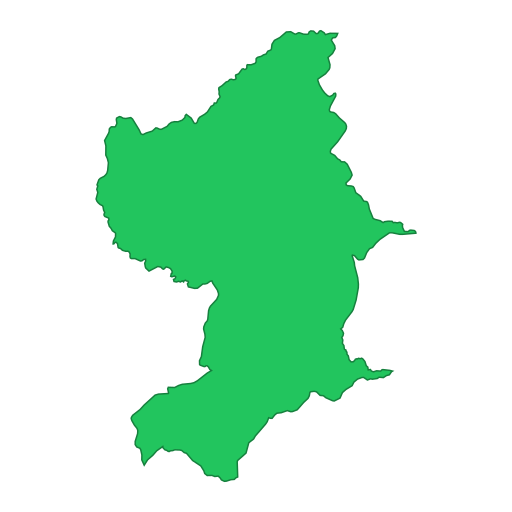 Monapo, Nampula, Mozambique
{"feature_id": "85939544B30642509050116", "entity_name": "Monapo", "entity_type": "district", "adm_level": 2, "iso_a3": "MOZ", "parent_name": "Mozambique", "parent_adm1": "Nampula", "projection": "natural_earth1", "projection_center": [40.158, -14.808], "detail": "fine", "context": "isolated", "style": "filled", "palette": "green", "viewbox_px": 512, "rotation_deg": 0, "n_neighbors": 0, "source": "geoboundaries", "source_scale": "gbopen_adm2", "svg_char_len": 6039}
<svg xmlns="http://www.w3.org/2000/svg" viewBox="0 0 512 512"><path d="M144.2,465.2L147.6,459.8L152.9,455.2L156.7,450.8L162.8,446.5L163.0,447.8L164.9,449.8L166.8,450.4L168.2,451.4L169.3,451.5L170.4,450.8L172.8,450.6L174.8,449.8L179.9,450.0L181.8,450.5L184.2,452.6L186.5,453.3L192.6,460.5L200.8,465.9L203.9,470.9L204.7,473.5L207.2,475.5L212.0,475.4L214.8,476.5L218.2,476.1L220.3,478.1L221.4,479.9L224.4,481.3L226.5,481.1L230.8,479.7L234.3,479.4L235.9,477.8L237.7,477.0L237.2,461.8L237.6,460.5L246.0,453.1L248.8,442.7L253.6,439.0L255.3,436.0L265.6,424.1L267.2,421.7L268.7,417.7L270.4,418.3L272.1,418.3L274.7,415.0L276.9,413.2L281.3,412.7L287.3,410.6L290.7,411.7L292.4,411.6L297.2,409.8L303.7,402.4L308.0,398.4L309.3,395.8L309.9,392.4L310.5,391.8L314.1,391.3L316.5,391.8L320.1,395.4L323.4,395.7L325.8,397.7L332.5,400.7L334.2,401.0L340.0,398.1L342.4,392.6L346.0,389.4L352.1,385.7L353.9,382.1L357.5,379.1L361.9,377.5L363.6,377.4L367.4,380.0L370.6,378.8L372.3,379.2L377.3,378.5L379.1,377.2L383.4,377.6L386.4,375.6L389.4,374.8L391.5,371.7L392.5,371.1L389.9,370.4L382.9,369.6L382.1,369.7L380.6,371.1L376.6,370.8L373.5,371.8L371.4,371.1L370.4,369.5L368.2,369.9L367.8,367.1L366.3,365.8L364.9,361.5L362.9,359.0L361.7,358.2L360.2,358.7L358.5,358.3L357.2,359.0L356.7,358.8L355.4,359.2L354.7,360.4L353.2,361.8L351.1,361.9L349.1,359.7L348.3,355.9L347.0,354.3L346.9,352.1L346.2,351.5L345.9,350.0L344.6,349.4L344.3,348.9L343.9,345.6L342.4,343.4L342.8,340.0L341.8,337.5L343.0,335.7L343.5,333.3L342.3,330.6L340.7,328.9L342.7,327.3L343.8,323.6L345.6,320.0L351.9,311.8L353.2,309.5L356.1,300.0L358.3,287.7L358.4,284.1L357.7,277.7L354.6,265.7L354.3,262.5L352.2,255.9L352.4,255.1L354.5,255.6L357.6,259.2L358.9,259.9L363.0,259.5L364.5,258.0L366.7,252.6L369.5,248.7L372.6,247.4L375.7,243.4L379.9,239.4L389.5,232.8L392.2,232.8L399.6,234.3L402.9,234.3L415.9,233.2L415.8,232.3L415.4,231.4L414.2,230.5L410.7,230.1L409.4,230.4L408.5,231.4L407.7,231.6L404.4,231.4L402.6,227.6L402.4,225.6L402.7,224.3L400.6,222.5L399.4,222.3L397.3,222.9L394.8,222.4L393.3,222.7L392.1,221.3L388.1,221.2L384.5,221.7L383.1,222.6L380.2,220.7L374.8,219.3L373.1,218.4L369.3,209.0L368.5,204.8L367.5,202.3L366.7,201.6L363.7,201.1L360.7,196.3L355.8,192.7L354.1,187.9L353.2,186.6L351.4,186.0L347.5,185.7L346.2,184.9L346.0,183.0L350.1,179.0L352.1,175.1L351.3,172.3L347.2,164.2L344.6,161.9L341.3,161.8L339.8,160.0L337.6,158.8L334.7,155.4L330.6,153.2L330.3,151.4L331.0,149.2L337.6,141.8L345.2,131.0L346.3,128.6L346.5,126.3L345.8,124.1L344.7,122.6L339.4,118.0L335.7,113.8L333.7,112.5L330.8,112.0L329.8,111.5L329.5,110.7L329.3,109.6L330.4,106.0L335.7,96.1L335.8,94.0L335.3,93.2L333.9,93.5L332.7,95.1L329.8,96.6L327.7,95.8L324.8,93.1L322.4,90.0L319.4,84.8L317.7,80.0L318.1,78.9L325.5,73.8L329.1,69.5L329.8,67.8L330.0,64.7L328.0,57.5L332.5,53.5L335.1,48.7L334.7,45.7L331.3,40.1L332.6,37.9L335.4,37.5L336.7,35.9L337.7,33.4L330.0,33.3L325.4,34.6L324.2,32.8L320.9,30.7L319.5,31.1L318.1,33.2L317.0,33.6L316.0,33.5L313.6,31.2L310.8,30.9L309.2,31.9L308.4,33.9L307.3,34.3L303.6,34.2L299.6,32.8L298.4,32.8L295.8,34.1L294.7,34.0L290.7,31.7L286.3,32.0L279.9,37.5L274.4,40.4L272.0,44.2L271.4,49.0L270.8,50.0L267.8,51.2L266.1,54.0L263.4,54.9L261.3,56.3L257.9,57.2L256.6,58.1L256.1,58.8L256.1,61.8L255.2,63.3L251.0,64.8L247.4,64.7L246.9,65.2L246.8,67.9L245.8,69.2L244.8,69.5L243.3,68.8L242.1,69.1L238.6,73.8L235.7,75.0L235.5,75.9L236.1,78.3L235.4,79.4L233.4,79.8L231.3,79.2L229.7,79.6L228.2,81.3L226.1,82.0L221.9,85.8L219.0,87.6L218.7,89.0L219.2,91.8L219.0,94.0L220.1,96.7L219.6,97.9L218.0,99.5L216.7,102.6L216.1,103.1L214.3,103.0L213.6,105.0L211.0,106.4L207.4,112.0L204.6,114.3L199.7,117.2L198.3,119.0L197.1,122.4L196.1,123.4L194.5,123.4L194.0,122.9L191.2,118.1L186.3,114.4L185.2,115.6L184.9,117.5L182.3,120.1L178.0,121.8L174.5,121.7L171.4,122.4L169.1,124.0L167.1,126.4L161.4,129.3L159.8,129.3L157.0,128.0L155.8,127.9L152.3,131.1L146.2,133.0L143.0,134.6L141.0,133.9L139.1,129.8L132.5,119.0L130.8,117.6L125.8,118.5L123.1,118.2L120.9,116.9L119.4,116.6L116.6,118.1L116.3,119.6L116.9,123.4L115.6,126.3L114.9,126.9L111.5,126.8L110.5,127.4L109.3,129.0L109.2,131.4L108.6,133.2L104.6,140.5L105.9,145.9L105.8,155.1L107.4,158.6L108.4,162.7L107.7,170.3L107.0,172.9L106.0,174.5L104.2,176.3L100.3,178.3L98.8,179.8L97.0,184.9L97.8,185.9L96.8,189.3L97.8,192.4L96.1,199.0L96.9,201.1L98.2,202.8L100.1,204.5L102.5,205.7L103.0,206.7L103.6,210.1L104.7,212.4L104.0,214.3L104.1,215.4L104.9,216.5L108.7,218.1L108.9,219.9L108.2,220.7L108.0,221.9L109.3,226.3L111.1,228.4L112.3,230.7L115.0,232.6L115.6,233.4L115.5,236.9L113.4,241.0L113.1,243.9L113.8,243.9L115.2,242.3L116.0,242.2L117.5,243.6L118.1,247.4L118.5,247.9L120.5,248.5L122.4,250.3L125.8,251.3L127.8,251.2L128.9,251.7L130.1,253.8L130.0,256.7L130.4,258.0L131.5,258.6L135.1,258.6L140.4,261.0L142.0,260.8L143.7,259.5L145.6,259.3L145.7,261.0L144.7,263.2L145.3,266.8L145.8,268.1L149.0,271.1L157.8,266.5L160.8,267.1L162.6,268.9L163.7,269.2L166.2,266.9L168.7,267.6L170.5,268.6L172.1,271.1L172.1,273.1L171.3,273.5L170.7,276.3L171.9,276.8L174.7,276.0L175.8,276.9L175.0,278.8L173.5,279.4L174.0,281.5L176.5,282.0L178.7,281.3L180.4,282.0L182.2,280.9L183.6,281.9L184.1,280.7L185.6,280.2L186.2,280.9L188.0,281.2L188.4,281.8L188.4,282.5L187.4,283.9L188.4,286.9L194.6,288.4L197.5,288.2L202.8,284.0L204.8,284.0L207.2,283.4L210.1,281.3L211.9,280.9L212.8,283.2L217.3,289.9L218.5,293.5L218.5,295.4L216.7,299.4L210.5,306.1L209.5,307.8L208.6,310.6L207.8,319.1L207.3,320.8L205.3,323.1L203.8,326.9L203.6,329.0L204.9,334.1L205.2,337.4L202.7,346.7L201.4,356.6L199.5,360.7L199.6,364.5L200.1,365.1L204.1,366.6L204.9,366.6L206.2,365.7L207.2,365.8L208.4,366.9L209.8,369.4L211.5,370.5L207.2,373.1L197.5,380.7L194.0,382.7L190.7,383.5L182.2,384.3L178.6,385.5L174.7,387.5L168.3,387.3L167.7,388.8L168.6,393.1L168.4,393.5L158.5,394.1L155.1,395.1L144.2,405.0L140.1,409.5L132.7,415.3L131.4,417.4L131.2,418.6L131.9,420.7L134.4,425.1L137.1,428.5L137.8,430.6L137.6,433.7L135.2,441.4L135.2,444.6L136.8,447.0L139.8,448.2L140.7,449.6L141.9,455.0L141.8,459.9L144.2,465.2Z" fill="#22c55e" stroke="#15803d" stroke-width="1.5"/></svg>